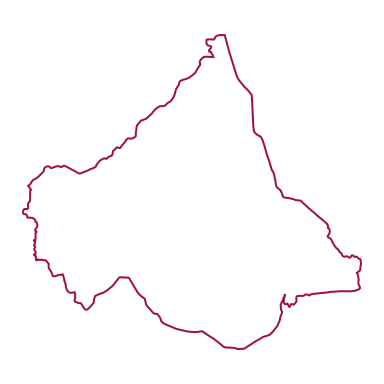 Da Huoai, Lâm Đồng, Vietnam
{"feature_id": "81297802B42288402015377", "entity_name": "Da Huoai", "entity_type": "district", "adm_level": 2, "iso_a3": "VNM", "parent_name": "Vietnam", "parent_adm1": "Lâm Đồng", "projection": "natural_earth1", "projection_center": [107.624, 11.452], "detail": "fine", "context": "isolated", "style": "outline", "palette": "rose", "viewbox_px": 384, "rotation_deg": 0, "n_neighbors": 0, "source": "geoboundaries", "source_scale": "gbopen_adm2", "svg_char_len": 5872}
<svg xmlns="http://www.w3.org/2000/svg" viewBox="0 0 384 384"><path d="M302.4,202.4L300.8,200.7L299.1,200.4L296.6,200.2L295.2,199.9L293.4,199.2L289.0,198.1L285.4,197.7L283.7,197.3L283.3,197.1L282.4,195.0L281.6,192.5L280.4,190.2L277.7,188.0L276.9,187.2L276.5,186.6L275.9,184.5L275.4,180.7L273.8,173.5L273.4,172.4L271.8,169.9L268.8,159.8L267.9,157.7L266.8,154.3L264.2,145.0L262.2,139.3L261.1,137.2L259.9,136.2L257.1,134.7L255.0,132.8L254.4,132.1L253.9,131.1L253.3,126.0L252.2,103.3L251.7,95.0L248.8,91.2L244.4,86.8L239.2,80.5L237.8,78.3L236.6,75.6L229.4,52.4L224.7,35.0L219.8,35.1L218.0,35.4L216.9,35.8L215.9,36.4L215.1,37.4L214.8,38.4L213.6,39.5L213.1,39.6L210.9,39.3L207.2,39.5L206.7,39.7L206.4,40.4L206.4,42.1L206.6,43.6L206.8,44.2L207.1,44.7L207.5,45.2L209.8,45.8L210.7,46.2L211.1,46.7L211.2,47.3L211.1,47.8L209.1,50.1L209.0,51.2L209.2,51.6L210.5,51.7L211.1,52.0L211.6,53.5L213.3,56.2L213.3,57.1L212.0,57.0L205.8,56.7L204.0,56.9L202.4,58.0L200.7,59.9L199.8,61.3L199.7,62.3L200.2,64.6L200.0,65.2L198.5,67.2L196.7,70.1L195.9,71.9L195.0,73.0L192.2,75.4L189.5,77.4L186.6,78.8L181.8,80.2L180.6,80.9L179.9,81.5L179.5,82.1L179.2,82.8L179.0,84.0L178.7,85.0L176.8,87.9L176.1,89.1L175.7,90.4L174.9,93.6L174.3,95.6L172.7,98.6L171.4,100.4L170.5,101.3L167.3,103.2L165.8,105.0L165.1,105.6L164.2,105.9L162.8,106.1L161.5,106.1L159.3,106.4L155.2,109.4L153.2,111.6L151.9,113.5L146.3,118.7L140.9,120.7L137.2,125.1L136.6,126.8L135.7,134.5L135.9,135.5L135.7,136.3L135.4,136.6L133.8,137.8L132.0,138.5L130.5,138.6L128.6,138.4L127.6,138.7L126.7,139.3L124.7,142.3L121.7,145.7L120.5,147.7L119.8,148.2L116.9,147.3L115.5,148.8L113.3,150.8L113.0,151.1L112.8,152.0L112.5,154.3L111.7,155.6L110.6,156.2L109.0,156.7L107.8,157.5L106.4,158.8L106.0,158.9L104.9,158.4L104.2,158.4L103.2,158.7L100.9,160.0L99.6,161.0L98.4,162.5L96.4,164.9L96.1,166.4L95.2,167.1L93.1,168.2L90.5,169.1L87.5,170.6L80.7,173.3L79.1,173.5L66.2,166.5L64.3,165.7L63.9,165.7L62.3,166.6L61.4,166.9L60.2,166.9L59.3,166.4L57.9,166.1L56.8,166.3L55.5,166.6L51.6,168.1L50.6,168.0L49.7,166.9L49.1,166.4L47.3,166.4L46.4,166.6L45.5,167.0L44.9,167.5L44.4,168.2L44.1,169.3L43.9,170.6L43.6,171.3L42.6,172.6L37.1,177.8L35.9,178.7L33.6,179.7L32.6,180.4L30.1,184.3L28.2,185.8L31.1,189.8L30.5,190.3L30.2,190.8L30.1,193.4L30.1,199.4L30.0,200.4L29.7,201.3L28.1,203.4L28.0,204.1L28.2,207.3L28.2,207.9L28.0,208.3L27.5,208.8L26.9,209.0L24.8,209.0L24.0,209.3L23.7,209.7L23.1,211.2L23.0,212.4L23.2,213.3L23.4,213.7L24.2,214.1L25.6,214.2L26.3,214.6L27.0,215.5L27.2,216.1L27.3,217.2L27.8,217.7L30.6,217.7L32.2,217.9L34.6,219.2L35.3,220.2L35.3,221.3L35.5,221.7L36.5,222.1L36.9,223.1L37.3,224.8L37.3,226.5L36.7,227.6L35.8,228.5L35.4,229.4L35.2,230.0L35.3,230.9L35.6,231.2L36.2,231.3L36.4,231.6L36.4,232.0L35.4,233.3L35.4,233.9L35.6,234.6L35.4,240.6L35.1,240.6L34.4,240.1L34.1,240.2L33.9,240.7L34.8,241.9L35.0,242.8L34.7,244.3L34.1,245.1L34.2,245.5L34.4,246.0L35.0,246.5L35.2,247.1L35.1,247.5L34.2,248.8L34.2,249.3L34.4,250.0L35.5,251.5L35.6,251.9L35.6,253.5L35.5,254.0L35.3,254.2L34.2,254.3L34.0,254.6L34.3,255.4L35.1,255.7L35.8,256.3L35.8,258.7L36.0,259.9L36.5,260.3L37.0,260.3L37.6,259.4L37.8,259.3L38.6,259.7L39.6,260.0L40.3,260.0L41.6,259.6L42.2,259.7L42.6,260.0L43.5,260.3L45.4,260.2L46.7,261.2L47.0,262.1L48.5,263.4L48.7,264.5L48.6,266.2L48.7,267.7L49.5,269.2L50.2,270.0L51.3,272.0L52.9,276.0L53.5,276.3L54.5,276.3L55.6,276.1L57.6,275.3L59.1,274.9L62.8,274.5L64.0,278.4L64.5,281.3L65.6,284.2L65.9,286.7L66.3,288.3L66.7,289.6L67.6,291.1L69.3,292.5L69.9,292.7L70.7,292.8L74.7,292.3L75.2,294.4L75.1,298.0L74.6,300.0L74.6,300.6L74.8,301.4L78.5,303.1L80.8,303.1L84.6,309.0L85.8,309.7L86.5,309.7L87.3,309.5L89.3,307.8L92.3,304.5L93.8,302.4L94.0,301.2L94.0,299.8L94.3,298.5L95.0,296.2L98.2,294.5L103.0,292.8L106.1,291.1L108.2,289.5L112.3,286.1L114.4,283.7L119.2,277.5L120.7,277.3L128.5,277.7L129.4,278.6L137.9,292.9L139.6,294.7L142.2,297.0L143.6,297.8L144.6,298.7L145.0,299.4L145.9,303.8L147.0,305.9L153.5,313.2L154.5,313.6L157.3,314.0L159.4,316.6L160.4,318.5L161.4,321.5L163.7,323.4L166.3,324.7L176.4,328.9L186.9,331.4L191.2,331.9L195.7,332.1L197.7,331.9L202.1,331.2L211.5,337.5L212.8,338.1L221.1,344.6L223.1,346.4L224.6,347.2L227.0,347.6L230.3,347.6L234.3,347.9L237.7,349.0L239.5,349.0L242.0,348.9L244.6,348.5L247.6,346.4L250.7,344.6L255.2,341.5L260.9,338.4L261.8,337.7L263.8,336.7L268.8,335.2L269.9,334.6L272.7,331.9L277.4,325.9L279.7,320.5L280.4,317.0L280.9,315.5L281.9,313.4L282.1,312.1L281.9,311.5L281.3,310.3L280.9,308.5L280.7,305.2L280.8,304.4L282.9,300.0L284.7,294.9L285.0,295.0L283.8,300.1L283.8,301.6L284.0,302.7L284.3,303.4L284.9,304.1L285.3,304.2L286.1,304.1L286.9,303.7L287.3,303.6L287.7,303.9L288.7,306.2L289.0,306.7L289.5,306.9L290.1,306.5L290.7,304.7L291.4,304.0L291.7,304.0L293.3,304.6L293.8,304.6L294.5,303.9L296.2,301.9L296.4,301.5L296.5,301.0L296.3,298.0L296.4,297.3L296.5,296.8L296.9,296.3L297.7,296.0L303.0,295.9L303.9,295.7L304.9,294.7L306.4,294.4L307.7,294.7L309.0,295.5L311.2,294.3L313.0,293.9L326.9,292.5L330.3,291.9L341.4,291.2L347.2,291.3L351.8,291.2L354.9,290.8L358.8,289.4L360.1,287.9L358.3,283.2L358.3,282.6L358.6,280.6L358.6,278.8L358.4,277.6L357.5,274.1L356.8,272.9L359.0,271.3L359.7,270.7L360.3,269.7L360.3,267.5L360.8,265.0L361.0,263.5L360.6,260.4L360.4,259.4L360.2,259.1L358.7,258.6L356.6,256.6L355.9,256.6L355.1,257.0L354.5,256.8L352.7,255.3L351.9,255.3L351.2,256.0L350.4,257.3L349.7,257.8L349.0,257.6L347.7,256.6L347.2,256.4L346.2,256.3L344.8,256.7L344.0,256.7L342.5,255.8L342.2,255.3L341.8,254.1L341.6,253.6L340.5,252.7L340.0,252.4L339.3,251.5L338.2,249.4L336.7,248.5L334.8,246.1L332.6,242.5L331.6,240.1L330.9,239.0L329.8,238.2L328.9,237.8L327.8,236.9L327.7,236.1L329.1,234.1L329.6,232.5L329.8,231.3L329.6,230.1L329.3,229.1L328.7,228.3L328.1,228.0L327.8,227.7L328.2,226.5L328.2,226.1L327.4,225.1L327.5,224.3L323.1,220.3L318.2,216.4L316.2,214.5L309.8,209.1L302.4,202.4Z" fill="none" stroke="#9f1239" stroke-width="2"/></svg>